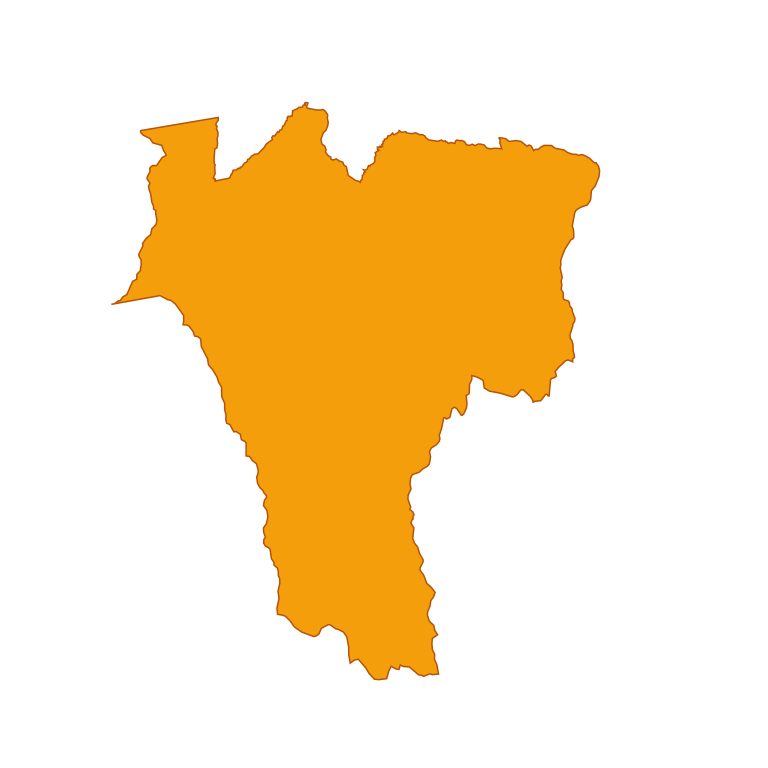 Palanda, Zamora Chinchipe, Ecuador, rotated 169°
{"feature_id": "8360857B40737212656211", "entity_name": "Palanda", "entity_type": "district", "adm_level": 2, "iso_a3": "ECU", "parent_name": "Ecuador", "parent_adm1": "Zamora Chinchipe", "projection": "natural_earth1", "projection_center": [-79.11, -4.519], "detail": "fine", "context": "isolated", "style": "filled", "palette": "amber", "viewbox_px": 768, "rotation_deg": 169, "n_neighbors": 0, "source": "geoboundaries", "source_scale": "gbopen_adm2", "svg_char_len": 6161}
<svg xmlns="http://www.w3.org/2000/svg" viewBox="0 0 768 768"><g transform="rotate(169 384 384)"><path d="M574.4,679.2L574.9,678.1L574.6,676.9L572.9,674.2L566.9,669.6L564.9,664.8L556.7,660.7L555.8,655.2L554.3,651.2L554.4,649.9L558.5,648.7L565.6,641.8L569.5,642.6L571.9,641.3L572.7,640.6L573.2,637.0L576.9,632.5L577.4,630.4L575.4,625.8L577.3,623.3L577.5,620.2L576.8,614.7L577.2,606.7L576.3,602.1L576.9,599.8L574.9,597.8L575.6,594.5L575.7,587.9L577.4,584.1L582.4,580.5L584.5,575.2L589.6,572.4L593.6,568.6L594.3,567.8L594.3,565.5L599.6,558.7L600.1,557.3L599.8,554.9L598.7,552.5L599.5,547.7L601.7,541.7L605.6,538.8L606.8,534.0L611.2,532.7L619.4,520.8L623.6,519.4L627.4,516.0L628.9,516.4L633.0,514.3L636.4,514.2L586.9,513.5L580.2,508.0L577.4,506.9L573.4,502.1L567.6,489.6L568.7,483.7L570.0,480.5L566.9,479.8L564.6,478.4L561.4,472.1L560.8,467.2L557.6,466.0L555.4,463.1L556.2,455.5L552.4,442.7L552.6,436.2L549.5,430.7L546.6,422.8L546.0,417.4L544.1,412.0L545.7,402.5L544.1,395.4L545.3,389.3L545.0,383.4L546.1,379.5L545.9,375.5L543.0,373.5L540.6,365.8L538.1,365.4L534.7,362.1L534.6,356.6L531.3,354.0L530.6,352.3L533.1,339.7L529.7,338.4L527.8,333.9L524.4,330.0L523.9,323.2L524.8,320.1L526.7,317.0L527.1,310.8L525.6,305.9L523.2,302.6L522.5,299.8L520.7,296.8L520.8,295.2L523.6,292.6L525.5,287.7L523.0,282.0L523.4,275.5L526.1,269.3L529.8,265.7L530.4,261.5L529.7,256.1L531.6,254.3L532.5,250.6L531.3,247.5L528.3,245.1L527.4,243.3L527.8,233.8L526.1,230.1L526.5,227.0L523.8,223.9L523.5,220.3L524.3,215.7L523.5,213.3L524.3,208.3L527.6,200.7L528.0,193.3L531.9,184.3L532.4,178.2L527.1,176.2L524.8,174.5L521.3,169.2L518.3,162.6L512.1,156.2L501.1,149.5L499.0,149.5L495.6,151.0L492.0,156.2L484.5,158.4L482.7,157.8L478.1,152.9L475.7,151.8L471.1,148.2L468.8,142.9L468.9,132.3L470.3,124.8L470.4,116.4L465.9,118.6L461.7,118.7L456.0,108.7L453.9,102.7L449.8,96.1L445.8,94.8L437.6,94.2L434.2,101.1L430.8,105.5L426.8,102.1L423.8,100.9L421.6,105.1L419.2,103.1L413.1,101.4L405.5,91.9L402.7,91.0L400.8,89.5L394.1,90.8L392.2,89.5L385.8,88.8L385.7,98.3L387.0,104.1L385.8,109.1L387.2,113.9L386.5,120.2L385.0,125.1L379.2,127.6L381.1,132.3L381.2,137.5L384.8,142.6L385.5,149.0L384.6,152.2L381.2,157.2L379.4,162.4L375.9,165.7L373.6,169.7L376.2,175.1L380.1,180.3L381.5,188.8L384.1,194.2L383.7,196.5L379.6,201.9L379.1,203.8L381.5,211.1L382.1,217.5L384.5,222.1L385.3,226.8L382.1,237.1L384.2,242.4L382.2,245.5L381.2,246.0L380.9,248.1L379.5,250.1L380.2,253.1L382.7,256.0L381.3,258.2L382.5,266.5L381.5,270.2L377.5,275.8L377.6,280.7L375.8,286.7L373.3,289.7L366.6,290.6L361.6,293.5L357.3,294.9L354.8,296.8L352.2,303.5L352.3,308.8L349.9,312.1L344.2,314.3L340.6,317.3L339.5,319.9L339.6,322.9L336.0,329.3L331.8,339.4L330.7,339.4L329.4,337.7L325.7,338.7L322.1,346.6L319.3,347.8L317.1,345.7L314.1,338.5L313.2,338.3L311.6,339.3L307.7,344.6L306.4,348.4L305.5,356.9L302.8,358.0L302.0,359.1L300.1,367.4L296.9,371.7L296.2,375.5L291.5,373.2L286.0,368.7L286.3,360.9L281.7,356.8L271.8,352.9L260.3,346.8L258.4,346.9L255.5,348.1L250.8,352.1L248.4,351.7L242.8,344.0L241.2,340.0L241.1,337.6L239.0,338.2L233.3,337.7L227.2,343.0L225.9,342.8L225.2,341.1L224.2,340.7L219.8,356.1L218.7,357.4L214.9,357.8L213.2,359.0L213.6,363.5L209.9,366.7L201.3,372.2L198.7,372.5L194.5,369.8L194.2,372.4L192.0,373.7L191.7,375.7L192.0,380.4L190.9,387.2L191.4,391.0L192.3,393.3L192.2,396.5L187.6,404.9L187.4,406.5L185.0,409.1L184.0,411.8L185.2,419.1L185.1,422.4L186.7,425.0L186.5,428.7L187.3,430.4L191.3,432.5L191.6,435.0L190.6,439.0L192.1,443.3L190.6,446.9L190.4,451.5L188.7,454.6L188.9,464.6L187.8,466.6L186.8,472.1L180.7,481.8L173.1,489.9L170.8,490.6L169.6,492.0L168.6,498.9L169.0,503.3L164.0,515.9L162.5,517.7L159.9,519.0L156.6,520.1L150.4,520.9L146.8,524.4L145.8,526.1L143.5,534.3L138.9,538.0L133.4,546.5L131.6,552.4L131.9,556.8L133.6,560.7L135.5,561.1L139.1,566.3L143.0,569.7L145.8,571.4L149.5,571.3L151.5,572.8L154.8,573.5L159.6,576.1L162.8,579.5L171.0,582.7L174.1,586.2L181.4,587.7L185.4,586.4L187.6,584.8L190.4,585.5L192.5,584.5L194.2,589.7L196.1,590.9L198.3,590.0L203.1,595.9L208.0,597.8L214.9,598.2L217.9,601.7L223.2,603.7L224.2,603.5L223.5,601.6L224.3,598.3L223.5,592.4L229.6,594.2L234.9,594.6L238.2,596.2L240.0,599.5L243.5,601.1L245.9,601.6L249.0,600.6L251.7,602.6L254.3,601.9L257.4,603.1L258.6,606.4L261.7,608.4L262.8,608.1L265.8,609.6L267.5,608.8L268.5,606.6L272.2,608.3L275.0,607.9L276.0,609.6L277.2,609.8L277.3,610.9L279.3,611.0L280.9,612.5L284.9,612.0L293.5,615.0L296.2,618.2L296.7,619.8L298.5,621.3L301.4,621.9L304.9,624.5L309.2,624.5L313.6,626.0L314.5,627.5L318.7,627.7L320.7,629.9L321.4,628.5L326.0,626.8L326.9,627.0L327.6,628.7L330.4,626.8L332.9,626.7L334.4,624.4L337.0,624.1L337.3,622.6L338.7,622.3L339.0,619.9L340.5,619.7L340.2,617.4L342.1,618.1L342.0,617.1L343.2,617.8L343.8,617.2L345.3,617.8L345.7,615.2L344.4,614.4L348.5,612.8L348.3,610.2L350.0,607.8L350.3,604.6L352.1,602.6L355.7,601.4L356.3,600.6L357.5,601.4L359.6,598.0L361.7,597.5L363.2,598.2L361.9,595.8L363.4,595.4L363.9,593.7L365.5,592.9L366.4,589.1L368.0,588.2L368.9,586.5L370.2,587.9L373.1,589.3L379.3,595.5L379.5,604.4L381.7,606.9L382.2,609.7L385.6,611.7L387.9,614.1L390.9,613.5L393.0,614.6L393.1,617.1L395.0,618.5L397.3,622.7L396.1,625.1L396.8,628.8L399.1,631.3L399.3,636.1L395.5,642.3L392.5,644.2L390.0,648.1L388.8,651.5L388.9,655.7L387.9,658.9L389.7,663.2L391.7,665.2L393.9,665.0L398.2,666.0L406.7,669.4L407.0,671.0L405.0,674.5L407.0,675.3L408.4,674.8L408.2,672.8L410.0,673.2L411.4,671.3L414.9,671.8L416.2,670.8L421.5,669.7L423.1,664.5L424.3,665.0L425.5,664.3L426.9,665.2L428.3,663.8L428.4,661.5L429.7,661.1L432.8,656.8L434.2,656.4L435.9,653.2L438.0,653.0L439.2,651.2L440.3,651.8L443.9,648.4L445.7,648.8L447.2,647.2L446.9,645.2L453.7,642.1L456.5,639.0L463.9,633.9L467.0,634.3L470.8,632.8L473.3,630.7L475.0,630.4L475.8,628.5L479.0,627.4L482.0,624.3L483.9,624.2L484.4,623.1L486.4,623.6L487.9,622.3L491.4,622.6L492.6,620.0L493.9,619.2L496.2,615.6L511.2,615.5L510.4,617.3L512.3,618.6L509.6,622.8L508.8,629.3L507.9,631.1L508.5,632.4L508.2,635.8L505.3,646.9L502.9,647.7L501.4,652.1L501.1,656.9L499.7,659.1L499.0,662.8L499.7,666.8L498.6,668.9L499.6,670.1L499.0,672.1L496.5,674.4L495.8,677.3L574.4,679.2Z" fill="#f59e0b" stroke="#b45309" stroke-width="1.5"/></g></svg>